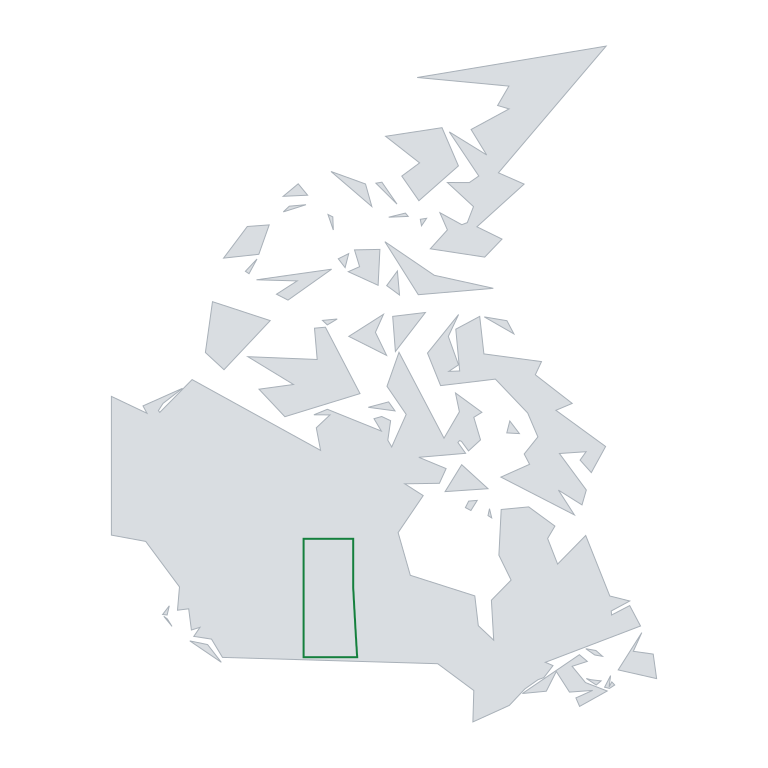 location of Saskatchewan within Canada
{"feature_id": "CAN-631", "entity_name": "Saskatchewan", "entity_type": "Province", "adm_level": 1, "iso_a3": "CAN", "parent_name": "Canada", "parent_adm1": "", "projection": "mercator", "projection_center": [-105.491, 54.496], "detail": "fine", "context": "in_parent", "style": "outline", "palette": "green", "viewbox_px": 768, "rotation_deg": 0, "n_neighbors": 0, "source": "natural_earth", "source_scale": "10m", "svg_char_len": 5429}
<svg xmlns="http://www.w3.org/2000/svg" viewBox="0 0 768 768"><path d="M179.5,586.9L145.7,541.4L111.4,535.1L111.4,396.4L147.0,413.3L143.0,405.9L182.5,388.3L163.0,403.4L158.4,410.6L159.8,412.4L192.1,379.6L320.6,450.4L316.3,427.8L330.0,414.9L313.9,414.8L327.4,409.3L381.4,431.1L374.0,418.7L381.7,416.5L390.6,420.7L387.8,440.2L391.7,447.0L406.2,414.4L387.0,386.3L399.0,352.3L444.0,438.2L459.4,411.8L455.5,393.0L481.9,412.3L473.8,417.3L480.5,439.9L468.5,450.9L461.5,441.4L459.6,440.5L457.9,442.5L465.6,453.3L418.8,457.3L446.1,468.6L439.4,483.3L404.7,483.8L423.2,495.6L398.1,532.6L410.3,575.3L474.8,595.9L478.3,625.7L493.7,640.2L491.4,600.2L511.1,580.1L498.9,555.2L501.2,509.5L528.7,506.9L554.9,526.1L547.6,538.5L557.6,564.1L585.7,535.5L609.8,596.0L629.7,601.0L611.2,611.0L611.6,615.0L629.7,605.6L640.5,626.0L545.3,662.3L553.0,665.6L543.8,677.6L538.0,679.7L524.9,688.9L509.3,705.4L472.9,721.9L473.8,690.5L437.7,663.7L222.5,657.4L211.5,639.1L193.8,636.4L200.0,627.3L191.4,630.0L188.7,608.8L177.5,610.2L179.5,586.9ZM448.8,371.4L459.7,371.0L455.8,329.2L479.7,316.4L483.9,353.9L541.5,361.6L535.3,374.8L572.2,403.4L555.9,410.3L605.6,446.5L591.3,472.6L580.1,460.1L586.1,451.7L559.4,453.5L586.3,490.0L582.0,504.9L558.4,490.1L574.4,514.9L500.9,477.1L529.6,464.3L524.2,454.0L537.9,436.9L527.7,413.0L495.4,379.1L440.6,385.6L427.5,353.1L458.6,314.5L448.3,336.4L458.5,364.8L448.8,371.4ZM417.2,77.5L606.1,46.1L498.4,172.8L524.1,184.1L476.9,226.8L502.0,239.1L484.7,257.1L430.3,248.8L447.4,229.9L439.9,212.7L461.8,224.7L467.3,222.6L473.5,206.6L447.4,182.5L469.3,182.6L478.8,176.0L449.3,131.9L486.7,155.0L471.1,129.5L509.1,108.9L497.6,105.5L508.9,86.1L417.2,77.5ZM247.9,356.7L317.2,359.5L314.5,328.2L325.4,327.2L360.0,393.6L284.9,416.7L259.0,389.2L293.5,384.5L247.9,356.7ZM569.5,692.1L556.3,671.5L546.3,691.2L522.4,693.5L579.4,654.7L587.3,661.4L572.1,666.3L585.5,682.6L607.2,691.0L579.6,706.4L575.9,697.9L592.7,690.4L569.5,692.1ZM212.5,301.7L270.2,320.6L224.0,369.7L205.4,352.5L212.5,301.7ZM385.6,136.3L442.0,127.7L458.4,165.9L418.9,200.7L401.8,176.1L419.6,162.9L385.6,136.3ZM384.9,241.7L434.3,275.3L493.3,288.3L418.3,294.7L384.9,241.7ZM256.5,279.8L331.6,269.2L288.0,300.1L276.5,294.2L297.2,280.9L256.5,279.8ZM641.8,632.6L633.3,651.3L653.2,654.1L656.6,678.6L618.2,669.9L641.8,632.6ZM348.8,336.4L383.5,314.3L375.4,332.3L386.6,355.4L348.8,336.4ZM445.1,491.6L461.7,464.7L488.0,488.7L445.1,491.6ZM392.7,316.4L425.4,312.5L395.4,351.5L392.7,316.4ZM269.2,224.9L258.8,254.3L223.6,258.1L247.3,226.5L269.2,224.9ZM379.9,249.4L378.1,285.3L348.3,271.7L359.6,266.7L354.5,249.9L379.9,249.4ZM331.0,171.5L365.5,184.0L371.8,206.5L331.0,171.5ZM189.8,640.9L207.6,644.6L221.3,662.3L189.8,640.9ZM484.3,316.9L506.9,320.7L513.9,333.9L484.3,316.9ZM368.3,407.3L388.6,401.9L395.0,410.9L368.3,407.3ZM397.4,271.0L399.5,295.0L386.7,285.6L397.4,271.0ZM381.9,182.2L397.0,204.1L375.9,183.2L381.9,182.2ZM509.8,421.0L519.4,433.6L506.8,432.9L509.8,421.0ZM289.3,206.2L306.0,204.7L283.3,211.9L289.3,206.2ZM337.2,319.0L327.3,324.9L322.5,320.4L337.2,319.0ZM610.6,675.6L609.1,686.9L611.8,681.9L614.7,685.0L609.5,688.4L604.6,687.2L610.6,675.6ZM298.2,183.8L307.6,195.2L283.2,196.3L298.2,183.8ZM602.5,656.3L594.8,655.0L585.8,648.7L595.9,650.5L602.5,656.3ZM477.2,500.4L470.9,510.5L465.4,507.6L468.7,501.1L477.2,500.4ZM162.6,614.5L169.3,605.8L167.1,615.0L162.6,614.5ZM388.7,217.2L405.4,213.1L408.2,216.4L388.7,217.2ZM348.7,253.6L345.1,267.6L338.3,258.8L348.7,253.6ZM586.3,678.5L590.8,679.7L601.1,680.9L596.2,685.0L586.3,678.5ZM489.5,508.7L491.7,517.9L488.0,515.6L489.5,508.7ZM257.0,259.0L249.0,273.7L245.4,271.3L257.0,259.0ZM426.6,218.3L421.5,225.8L420.3,219.3L426.6,218.3ZM332.8,216.9L333.3,230.0L328.0,214.5L332.8,216.9ZM163.8,616.3L167.4,619.0L172.0,626.4L163.8,616.3Z" fill="#d9dde1" stroke="#a8b0b8" stroke-width="1"/><path d="M340.5,657.2L339.6,657.2L338.3,657.2L336.9,657.2L335.6,657.2L334.3,657.2L332.8,657.2L331.5,657.2L330.1,657.2L328.7,657.2L327.4,657.2L326.0,657.2L324.7,657.2L323.3,657.2L321.9,657.2L320.6,657.2L319.2,657.2L317.8,657.2L316.5,657.2L315.1,657.2L313.8,657.2L312.4,657.2L311.0,657.2L309.7,657.2L308.3,657.2L306.9,657.2L305.6,657.2L304.2,657.2L303.6,657.2L303.6,653.9L303.6,650.6L303.6,647.3L303.6,644.0L303.6,640.6L303.6,637.3L303.6,633.9L303.6,630.4L303.6,627.0L303.6,623.5L303.6,620.0L303.6,616.4L303.6,612.9L303.6,609.3L303.6,605.7L303.6,602.0L303.6,598.3L303.6,594.6L303.6,590.9L303.6,587.1L303.6,583.3L303.6,579.4L303.6,575.5L303.6,571.6L303.6,567.6L303.6,563.6L303.6,559.6L303.6,555.5L303.6,551.4L303.6,547.3L303.6,543.1L303.6,538.8L306.7,538.8L309.8,538.8L312.9,538.8L316.0,538.8L319.1,538.8L322.2,538.8L325.3,538.8L328.4,538.8L331.5,538.8L334.6,538.8L337.7,538.8L340.8,538.8L343.9,538.8L347.0,538.8L350.1,538.8L353.2,538.8L353.2,540.2L353.2,541.6L353.2,543.0L353.2,544.4L353.2,551.3L353.2,558.1L353.2,564.7L353.2,571.3L353.2,575.5L353.2,579.6L353.2,583.7L353.2,587.7L353.3,590.1L353.5,592.4L353.6,594.8L353.7,597.1L353.8,599.4L354.0,601.7L354.1,604.0L354.2,606.2L354.3,608.5L354.5,610.7L354.6,613.0L354.7,615.2L354.8,617.4L355.0,619.6L355.1,621.8L355.2,624.0L355.3,626.2L355.4,628.3L355.6,630.5L355.7,632.6L355.8,634.7L355.9,636.9L356.1,639.0L356.2,641.1L356.3,643.2L356.4,645.3L356.6,647.3L356.7,649.4L356.8,651.4L356.9,653.5L357.1,655.5L357.2,657.2L356.0,657.2L354.6,657.2L353.3,657.2L351.9,657.2L350.6,657.2L349.2,657.2L347.8,657.2L346.5,657.2L345.1,657.2L343.7,657.2L342.4,657.2L341.0,657.2L340.5,657.2Z" fill="none" stroke="#15803d" stroke-width="2"/></svg>